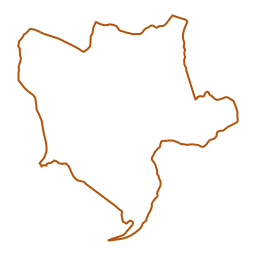 outline of Matayos, Western, Kenya
{"feature_id": "3690345B71861733049608", "entity_name": "Matayos", "entity_type": "district", "adm_level": 2, "iso_a3": "KEN", "parent_name": "Kenya", "parent_adm1": "Western", "projection": "orthographic", "projection_center": [34.181, 0.39], "detail": "fine", "context": "isolated", "style": "outline", "palette": "amber", "viewbox_px": 256, "rotation_deg": 0, "n_neighbors": 0, "source": "geoboundaries", "source_scale": "gbopen_adm2", "svg_char_len": 5390}
<svg xmlns="http://www.w3.org/2000/svg" viewBox="0 0 256 256"><path d="M237.3,122.1L237.6,120.4L237.7,119.4L237.5,118.0L237.3,116.7L237.3,115.7L237.4,114.5L237.4,112.7L237.4,111.4L236.7,109.6L236.2,108.0L235.8,106.7L235.4,105.8L235.0,104.9L234.6,103.8L234.2,102.8L233.8,101.8L233.3,100.7L232.1,100.1L230.8,99.3L229.3,98.3L228.4,97.7L227.2,97.3L225.7,97.2L224.0,97.8L222.8,98.3L221.4,98.8L218.5,99.7L216.8,99.9L215.9,99.4L214.8,98.8L214.0,98.2L213.4,97.4L212.2,96.6L211.6,95.8L210.5,95.4L209.7,94.6L209.0,93.7L208.8,92.6L207.7,91.8L206.4,92.0L205.1,93.4L204.6,94.2L204.2,95.8L202.7,96.6L201.0,96.2L199.8,96.1L198.8,96.7L197.5,97.1L197.2,98.1L196.5,98.7L195.6,99.4L195.0,98.3L186.1,69.7L186.2,68.1L185.7,67.0L184.9,66.0L184.7,65.0L184.3,64.0L184.3,63.0L184.3,61.9L184.1,60.9L184.2,59.5L185.0,57.8L185.1,56.8L184.8,55.9L184.4,54.7L184.4,53.8L184.3,52.5L184.6,51.1L185.1,49.8L184.6,48.6L183.7,47.5L183.9,46.1L183.9,44.9L184.4,43.5L184.1,42.1L183.6,40.7L183.1,39.1L183.0,37.6L182.9,36.1L183.1,33.8L183.5,32.2L183.9,30.3L184.5,28.6L185.2,26.9L185.7,25.6L186.4,24.2L187.0,22.8L187.2,21.5L186.6,20.4L185.3,19.7L183.9,19.0L182.3,18.7L180.4,18.1L176.8,17.0L172.5,15.4L169.4,19.5L166.2,23.6L165.2,24.6L164.4,25.3L162.4,26.0L160.6,26.1L159.5,26.0L158.3,26.9L156.8,27.7L155.7,27.5L154.7,26.6L153.0,25.7L151.7,25.4L150.7,25.7L149.8,26.3L148.9,27.0L147.8,27.6L146.1,28.2L144.6,29.5L143.8,30.5L141.8,33.0L140.4,33.9L139.5,34.1L137.7,34.0L135.6,34.0L133.8,34.2L131.9,34.0L129.6,33.2L128.5,33.1L126.2,32.5L125.2,32.3L124.3,31.9L122.9,31.3L121.6,31.2L120.6,30.9L119.1,29.9L118.3,28.5L117.2,27.1L116.1,25.9L114.7,25.5L113.5,24.9L111.9,24.8L110.3,24.3L109.2,24.5L108.1,24.9L106.8,25.1L105.1,25.1L104.1,25.3L103.0,25.0L101.9,24.5L100.6,24.2L99.5,23.7L98.2,23.1L97.1,22.5L96.0,22.0L95.3,23.3L94.7,24.7L94.1,25.9L93.3,27.8L93.0,29.6L92.8,31.3L92.7,32.7L92.0,34.4L90.9,36.0L90.6,37.2L90.8,39.0L90.5,40.4L90.5,41.4L90.4,43.4L90.4,44.4L90.1,46.1L89.2,47.3L88.4,48.1L87.7,49.0L86.3,50.0L85.0,50.9L83.9,51.8L81.9,51.1L79.2,49.1L76.7,47.7L73.2,45.8L67.1,42.8L64.9,41.8L61.4,39.9L59.3,38.9L57.6,38.3L56.5,37.9L55.0,37.5L53.9,37.1L50.2,35.9L46.1,34.6L43.6,33.7L42.7,33.3L40.6,32.3L38.8,31.4L37.5,30.9L36.3,30.3L34.9,29.8L33.5,29.4L31.8,29.1L30.2,28.9L29.3,29.7L28.2,31.0L27.4,31.8L26.5,32.9L25.1,33.8L23.9,34.6L22.9,36.6L22.1,37.9L21.2,39.0L19.2,41.1L18.3,45.9L18.7,47.0L19.3,47.9L19.9,48.9L19.8,50.7L20.1,55.6L20.4,56.7L20.8,57.6L20.9,58.8L20.5,60.0L20.5,61.4L19.8,62.6L18.6,67.2L18.8,68.7L18.9,70.0L18.8,71.3L18.5,73.1L18.5,80.3L22.6,85.5L24.8,88.3L28.1,91.3L29.0,92.0L33.0,94.9L35.2,97.8L36.3,104.9L36.5,109.2L39.4,115.1L41.7,120.9L42.8,127.8L43.9,134.2L45.0,138.2L46.0,142.4L46.5,146.7L46.5,151.3L44.1,158.0L39.7,163.2L40.4,164.2L40.9,165.5L41.6,166.4L42.7,165.4L44.2,165.3L45.4,165.6L46.5,165.4L46.3,164.5L47.3,163.6L48.6,163.3L50.0,163.1L51.2,162.8L52.3,161.9L53.3,161.4L54.2,160.5L55.9,161.1L57.4,161.6L58.0,162.5L58.9,163.3L60.3,163.5L61.4,163.6L62.3,164.1L63.4,163.5L64.7,163.6L65.9,163.4L66.6,164.2L67.3,165.0L68.6,166.1L69.7,168.3L70.3,169.6L71.1,171.5L71.8,173.2L72.6,174.9L73.4,176.3L74.5,177.8L75.5,178.7L76.4,179.6L77.8,180.3L79.4,180.8L80.7,181.1L82.3,181.5L84.0,181.9L85.2,183.1L86.4,184.3L103.4,197.0L115.5,206.0L116.3,206.7L117.3,207.7L118.2,208.5L119.3,209.4L120.8,210.4L122.1,211.6L121.9,213.2L121.5,214.5L121.7,215.8L122.0,217.1L122.1,218.4L122.5,219.3L122.5,220.4L122.8,221.5L124.0,222.1L125.0,222.8L126.0,223.4L127.1,223.3L128.1,222.0L129.2,221.1L130.5,220.9L132.0,221.3L132.7,222.2L133.0,223.4L132.4,224.9L130.4,227.3L129.0,228.9L127.6,230.4L126.0,232.5L124.0,234.7L121.3,235.8L118.6,236.8L116.0,237.6L112.5,238.7L107.8,240.6L117.0,239.5L121.5,238.8L124.9,237.9L127.7,237.0L130.3,235.7L131.9,234.9L133.7,233.6L134.8,232.9L135.7,232.2L136.7,231.4L137.6,230.7L138.6,229.9L139.4,229.2L140.3,228.2L141.2,227.2L141.9,225.6L142.4,224.3L142.9,223.3L144.1,222.3L145.1,221.5L146.2,220.6L146.5,219.2L146.7,218.1L147.5,216.7L148.1,214.8L148.9,213.4L149.5,212.4L150.1,211.2L150.7,209.9L151.1,208.9L151.6,207.6L151.8,206.1L151.8,204.7L152.0,203.2L152.8,201.9L153.8,200.5L154.7,199.3L155.4,198.3L156.3,197.7L157.1,196.8L157.6,195.8L157.4,194.6L157.1,193.3L157.4,191.9L158.3,190.5L158.8,189.1L159.6,187.4L160.2,186.1L160.5,185.0L160.6,183.6L160.5,182.0L160.1,180.2L159.5,179.2L158.8,177.8L158.6,176.0L157.6,174.7L157.1,173.5L157.1,172.5L157.2,171.4L157.1,170.2L156.5,168.5L155.8,166.9L155.7,165.7L155.3,164.6L154.7,163.5L153.7,162.1L152.6,160.8L152.0,159.6L151.8,158.4L152.1,157.4L152.8,156.3L153.5,155.0L154.0,153.8L154.6,152.7L155.2,151.6L156.2,150.5L156.9,149.6L157.8,148.6L158.7,148.0L159.8,147.0L160.2,145.7L160.4,144.3L160.8,143.2L161.2,141.6L163.0,140.8L165.1,140.9L166.7,140.8L168.7,140.6L170.3,140.5L171.7,140.5L172.9,140.5L174.0,140.9L175.0,141.4L176.0,141.7L177.5,142.0L178.6,142.6L179.5,143.4L180.5,143.7L181.6,144.0L183.3,144.2L184.9,144.4L186.6,144.8L188.4,144.7L189.9,144.5L191.2,144.3L192.7,144.3L194.1,144.5L195.6,144.7L196.9,144.8L198.1,145.1L199.5,145.7L200.6,146.3L201.6,146.7L202.8,146.8L203.9,146.6L205.0,145.6L206.4,144.3L207.4,143.1L208.3,141.6L209.2,140.7L210.1,139.9L211.1,139.6L212.8,139.2L214.4,138.5L215.4,137.5L216.1,136.8L216.6,135.7L216.7,134.4L216.9,133.3L217.2,132.4L218.2,131.6L219.3,131.0L220.6,130.7L222.2,130.7L223.3,130.5L224.3,129.8L225.4,128.9L226.2,128.2L228.6,126.5L230.9,125.5L232.7,124.5L235.1,123.2L237.3,122.1Z" fill="none" stroke="#b45309" stroke-width="2"/></svg>